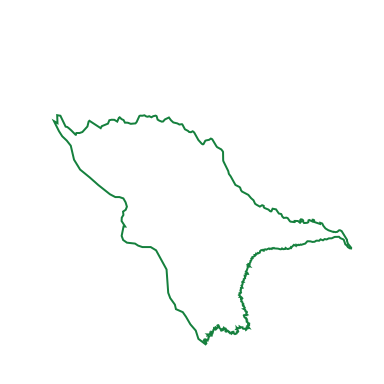 outline of Bambouti, Haut-Mbomou, Central African Republic, rotated 320°
{"feature_id": "33826404B2470815195032", "entity_name": "Bambouti", "entity_type": "district", "adm_level": 2, "iso_a3": "CAF", "parent_name": "Central African Republic", "parent_adm1": "Haut-Mbomou", "projection": "equal_earth", "projection_center": [26.948, 5.504], "detail": "fine", "context": "isolated", "style": "outline", "palette": "green", "viewbox_px": 384, "rotation_deg": 320, "n_neighbors": 0, "source": "geoboundaries", "source_scale": "gbopen_adm2", "svg_char_len": 6131}
<svg xmlns="http://www.w3.org/2000/svg" viewBox="0 0 384 384"><g transform="rotate(320 192 192)"><path d="M104.5,317.4L105.7,317.2L105.9,316.6L105.7,316.4L106.1,315.8L106.3,314.1L105.9,314.3L105.7,313.3L106.6,313.0L106.7,313.3L107.5,313.4L107.8,313.9L107.4,315.1L108.5,315.9L109.3,315.1L110.2,315.1L110.9,314.2L112.2,313.8L112.3,312.7L112.0,312.5L112.2,311.9L111.9,311.8L112.4,311.5L112.3,311.0L114.3,312.7L114.6,313.4L114.3,314.3L114.8,314.7L115.2,314.3L114.6,312.7L115.1,312.3L115.4,311.2L115.4,311.7L115.8,311.4L116.0,312.0L116.7,312.3L116.4,313.3L116.7,313.5L117.2,313.1L117.4,312.2L117.8,312.8L119.8,311.4L120.8,311.7L120.8,311.0L121.2,310.6L121.4,311.2L121.7,311.1L121.4,311.7L121.7,312.6L122.8,312.5L122.7,311.4L123.2,311.1L123.5,312.0L124.4,312.4L125.6,311.6L125.7,310.6L126.0,310.6L126.6,311.0L126.2,312.7L125.7,313.0L125.8,315.8L126.1,316.2L125.4,316.4L125.3,317.0L126.2,317.4L126.5,316.1L127.3,316.7L127.3,317.6L128.1,317.7L128.3,316.7L129.1,316.4L129.1,317.9L129.9,318.1L130.0,318.3L129.6,319.3L128.2,320.0L128.1,320.5L128.4,320.9L129.1,320.6L129.5,321.2L130.2,321.1L130.4,322.2L130.1,322.7L130.2,323.4L130.7,323.5L130.5,324.3L130.8,324.3L131.0,325.7L132.5,325.0L133.0,325.2L132.7,326.0L133.8,326.0L133.2,327.4L133.6,328.5L135.1,329.0L136.1,328.1L136.4,328.1L136.6,328.7L137.7,328.6L138.3,327.0L137.7,325.7L138.4,325.7L138.9,324.9L138.9,325.3L139.4,325.3L139.9,326.0L140.7,326.4L141.6,326.4L142.0,325.8L142.3,326.7L142.0,327.1L142.7,327.2L143.7,328.1L143.3,328.6L143.3,329.7L144.4,330.5L144.9,331.7L144.7,332.3L145.3,332.3L146.0,330.9L145.9,331.3L146.4,331.0L146.8,332.0L147.3,332.2L147.6,331.7L147.7,332.3L148.1,332.2L148.4,332.7L148.5,331.6L148.2,330.8L148.7,330.8L148.6,330.4L149.5,330.6L149.4,330.0L150.0,329.3L150.7,330.1L151.3,329.5L150.7,328.1L150.6,327.1L151.0,326.8L150.6,326.4L151.6,324.9L151.9,325.0L151.9,324.1L152.4,324.0L152.4,323.2L151.9,322.7L151.7,321.7L152.4,319.8L152.8,319.8L154.6,321.4L155.0,320.8L155.4,321.1L155.3,320.2L156.0,319.3L156.7,319.4L157.0,318.9L156.4,317.3L157.0,316.5L156.4,314.8L157.0,315.1L157.7,314.3L158.0,314.4L158.2,312.8L157.9,311.9L158.2,311.3L158.8,311.5L158.9,310.7L159.3,310.5L159.1,310.1L159.8,308.7L159.4,307.5L160.1,307.1L160.6,305.5L161.1,305.0L161.3,306.0L162.2,305.8L162.2,304.3L161.4,303.4L162.0,303.4L161.8,301.4L162.2,301.5L162.7,300.7L163.8,300.7L163.7,300.1L165.1,300.3L165.8,298.6L166.5,298.5L166.8,297.8L167.6,297.6L167.9,297.0L169.1,297.8L169.8,295.5L170.6,295.6L171.9,294.8L172.5,293.5L173.5,294.0L173.4,293.2L174.9,293.0L175.6,292.0L177.2,292.2L178.4,290.2L178.9,290.9L179.3,290.7L180.4,289.1L180.8,289.3L180.8,290.0L181.6,290.0L182.2,290.6L182.4,290.0L182.0,289.3L182.3,289.2L182.4,288.7L182.0,287.7L183.9,287.1L186.3,285.6L186.7,284.9L187.6,285.8L188.2,285.5L188.4,285.8L188.4,285.2L187.8,284.4L187.8,283.8L188.3,284.1L188.9,283.4L189.7,284.3L190.0,283.8L191.5,283.4L192.5,282.4L192.9,282.6L194.1,282.1L194.6,281.2L195.8,281.7L196.2,280.7L199.0,281.4L199.5,281.2L199.6,280.6L200.4,281.2L201.5,280.4L201.9,281.0L202.8,281.4L203.3,281.1L203.7,281.7L205.0,282.0L206.0,281.1L207.5,281.0L208.2,281.4L209.1,282.9L209.6,282.2L210.4,282.9L211.2,282.9L211.8,283.9L214.7,284.7L214.9,285.7L216.2,286.1L216.5,286.9L217.5,286.7L217.8,287.3L218.8,287.5L219.0,288.3L221.5,290.7L222.8,292.6L223.9,293.3L224.7,293.1L225.1,294.4L226.7,295.5L227.7,295.0L228.3,296.8L228.9,297.4L231.1,298.2L232.1,297.9L232.2,298.3L232.6,297.9L232.9,298.3L236.1,298.0L236.4,298.9L237.1,299.3L237.1,299.9L237.8,299.5L237.9,300.3L239.5,300.7L239.8,301.5L241.4,302.0L241.6,302.6L245.6,304.3L248.7,303.9L250.9,305.8L252.2,307.7L253.9,308.9L256.0,309.2L258.1,311.1L260.0,310.9L261.3,313.2L263.3,313.3L264.7,314.9L266.9,315.4L269.3,317.3L272.4,318.1L275.8,320.8L276.0,322.7L277.4,325.5L277.5,326.3L275.8,330.7L276.2,332.2L276.0,334.5L276.7,336.6L277.6,337.5L278.1,337.0L278.2,331.8L279.3,329.1L280.0,328.3L281.5,318.1L280.8,316.5L280.1,315.9L277.7,315.9L276.0,314.9L275.0,313.5L274.6,313.5L271.9,309.0L270.8,305.7L270.9,302.2L271.5,299.9L270.4,298.0L269.6,298.8L266.4,293.6L267.4,292.1L267.2,291.4L266.6,290.8L265.3,292.0L263.8,288.8L263.0,288.6L261.6,289.9L260.4,289.6L257.9,287.8L258.0,286.1L258.8,285.4L258.9,284.8L258.6,283.7L257.8,282.9L256.8,283.1L256.6,284.8L255.0,285.0L254.5,282.3L252.0,280.1L251.3,281.0L251.0,280.8L248.4,278.0L248.2,277.3L248.5,273.6L247.9,272.4L245.6,270.8L245.4,268.8L246.1,266.7L246.1,266.1L244.7,264.3L245.2,259.3L243.0,256.6L240.4,257.8L239.9,257.5L239.5,256.8L239.3,254.7L237.2,250.7L237.3,249.5L238.0,248.8L237.8,248.2L237.2,247.2L234.6,246.8L233.2,243.1L232.8,241.5L233.8,237.9L233.3,234.7L233.3,230.4L230.6,223.8L230.7,222.1L231.6,219.8L231.6,218.7L229.8,214.5L231.7,204.9L231.9,201.8L233.2,199.3L235.8,188.7L236.3,187.7L241.5,181.3L241.7,180.6L241.8,178.2L240.1,173.8L240.1,172.7L241.4,164.6L240.8,163.2L238.6,163.0L235.9,161.5L235.1,161.3L231.6,162.7L231.0,162.5L230.5,161.4L230.3,156.3L231.9,148.0L231.8,146.7L231.5,145.9L229.6,145.5L228.4,144.2L228.2,142.6L226.9,139.4L228.0,134.2L227.9,133.6L225.7,132.2L224.9,130.1L222.4,126.7L222.0,123.6L222.2,120.1L217.9,119.0L215.2,119.4L214.1,118.7L212.8,116.3L212.2,114.4L213.4,111.7L213.6,111.0L213.2,110.1L211.0,109.0L209.0,108.7L207.9,106.4L206.5,105.9L205.5,104.7L204.9,102.7L202.9,101.6L201.4,100.2L200.5,100.0L194.6,102.8L192.8,103.1L188.9,100.4L187.3,97.6L185.2,95.8L185.8,92.9L184.9,90.9L184.6,88.3L183.7,88.2L180.0,90.0L178.9,86.8L176.9,85.0L174.8,83.9L171.6,85.6L165.2,83.6L163.1,84.4L159.2,71.5L158.1,71.6L154.0,74.6L146.6,75.6L143.7,74.5L141.5,72.6L141.1,72.5L139.9,73.5L139.6,73.3L139.1,67.1L138.6,63.7L138.2,62.0L137.2,60.7L140.2,49.0L138.1,46.5L133.2,52.8L131.8,49.0L129.2,59.9L128.4,65.9L129.1,72.1L128.9,78.6L122.4,91.4L120.7,102.9L123.0,115.0L124.7,126.4L127.7,141.0L130.0,146.6L133.2,149.3L135.3,152.8L134.5,157.2L132.7,161.4L129.8,163.0L126.6,162.7L124.7,165.5L121.7,166.5L119.4,169.0L118.6,175.5L117.4,174.4L109.9,180.4L108.4,184.5L109.6,189.0L115.2,194.9L116.3,198.5L118.6,202.3L125.0,207.7L127.0,213.6L122.7,235.0L109.0,253.9L107.1,259.3L106.5,267.3L104.4,271.4L107.7,278.1L107.2,283.7L105.7,292.3L105.8,300.6L102.5,308.6L104.5,317.4Z" fill="none" stroke="#15803d" stroke-width="2"/></g></svg>